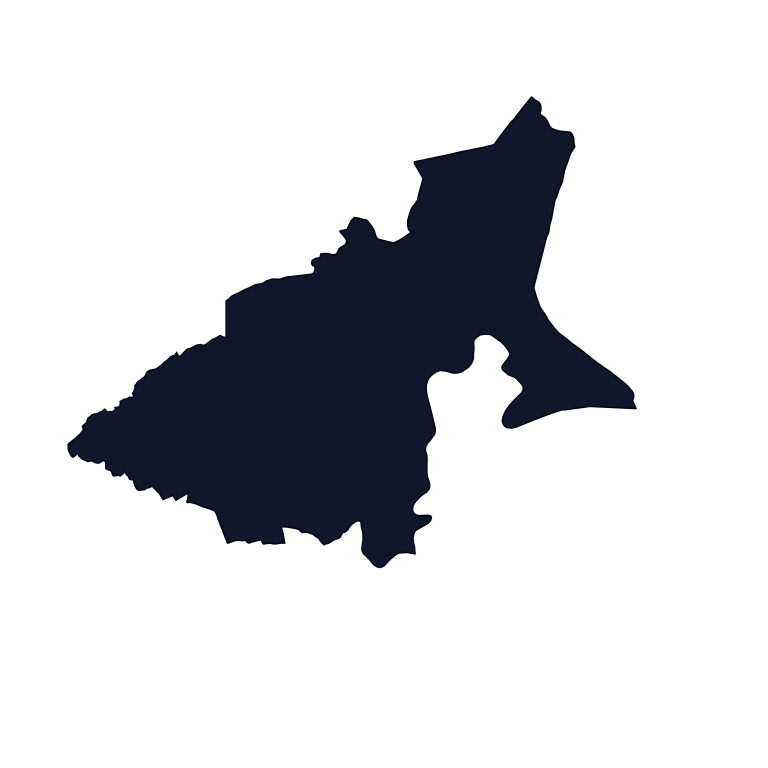 Long Dien, Bà Rịa - Vũng Tàu, Vietnam, rotated 235°
{"feature_id": "81297802B9398077823445", "entity_name": "Long Dien", "entity_type": "district", "adm_level": 2, "iso_a3": "VNM", "parent_name": "Vietnam", "parent_adm1": "Bà Rịa - Vũng Tàu", "projection": "robinson", "projection_center": [107.23, 10.446], "detail": "fine", "context": "isolated", "style": "filled", "palette": "ink", "viewbox_px": 768, "rotation_deg": 235, "n_neighbors": 0, "source": "geoboundaries", "source_scale": "gbopen_adm2", "svg_char_len": 6153}
<svg xmlns="http://www.w3.org/2000/svg" viewBox="0 0 768 768"><g transform="rotate(235 384 384)"><path d="M227.1,312.1L232.7,315.3L238.1,317.6L241.0,319.3L243.8,321.9L245.5,324.6L245.9,327.1L244.6,340.1L245.5,344.0L247.5,346.3L249.2,346.5L251.3,344.6L256.2,337.0L258.7,334.9L261.1,334.3L263.4,334.6L265.5,335.9L267.3,337.7L268.9,340.3L269.8,343.4L270.9,348.9L271.2,352.0L271.1,356.8L272.1,360.7L273.6,362.4L275.4,363.8L282.6,366.2L286.0,367.7L292.9,372.5L298.0,376.3L301.9,378.6L305.2,379.5L307.1,380.6L308.7,382.3L310.6,385.7L311.2,388.9L313.8,396.5L316.1,399.0L319.2,400.9L334.7,407.0L350.2,412.7L355.3,415.4L359.4,418.5L362.8,423.3L363.9,427.6L364.1,431.0L364.0,434.1L362.8,438.0L358.7,442.5L353.1,447.1L350.9,450.5L349.5,454.5L349.3,462.6L350.5,466.9L351.9,469.7L353.6,471.8L357.8,474.9L360.9,477.6L367.0,481.5L368.0,482.6L368.8,484.5L369.2,487.9L369.1,490.7L367.3,494.9L363.6,499.5L359.8,501.1L355.1,502.6L351.3,504.2L346.0,505.0L340.6,505.2L337.8,504.8L335.5,503.8L333.7,499.7L331.7,493.2L330.6,490.7L329.0,489.6L327.1,489.4L320.5,491.1L313.6,495.4L306.7,496.5L303.0,496.7L300.8,495.8L299.0,494.1L297.7,491.3L296.2,482.0L294.7,475.2L292.3,468.3L289.1,462.9L286.1,459.8L282.9,458.7L280.5,458.6L278.0,459.5L274.6,463.5L273.1,467.0L268.4,487.2L264.1,504.0L261.0,514.3L258.7,518.2L247.6,539.7L220.9,574.3L219.5,576.4L228.2,578.2L229.5,580.5L231.4,582.0L233.8,583.0L235.8,583.1L242.1,582.5L245.3,581.9L264.1,576.4L271.5,573.5L280.3,570.4L300.0,564.6L308.6,561.5L317.2,559.1L326.0,556.3L331.4,555.6L343.9,555.1L346.0,555.7L357.2,555.9L366.7,558.4L376.6,561.7L379.4,564.5L411.4,601.8L413.3,605.1L414.6,606.7L419.8,611.5L422.9,615.6L435.8,628.6L437.3,630.8L438.3,632.9L439.9,634.7L443.6,639.8L446.5,644.8L447.9,646.7L455.6,654.5L460.2,661.2L465.0,667.7L466.6,670.5L468.6,675.9L469.3,676.6L472.2,677.6L476.4,680.3L478.9,681.0L481.2,681.4L482.9,681.1L483.7,680.7L491.0,672.3L494.3,669.8L496.9,668.1L498.5,667.7L500.9,667.7L505.0,668.4L508.0,668.7L510.5,668.4L513.4,667.1L514.9,666.8L516.4,667.3L519.0,670.2L521.3,671.6L522.9,672.3L524.7,672.5L526.3,672.4L530.8,670.3L533.0,670.0L534.4,669.3L531.5,658.9L526.5,642.5L525.2,636.8L520.6,622.1L516.9,611.4L520.6,601.8L530.3,579.6L536.3,564.7L548.5,536.5L548.4,536.1L547.6,535.6L545.8,535.3L530.5,534.0L529.4,533.4L521.4,523.6L517.3,518.9L515.5,517.1L514.1,513.7L512.4,508.1L509.8,503.9L504.5,497.4L500.6,494.5L496.7,492.8L494.3,493.0L492.7,493.6L492.6,485.0L493.0,478.6L493.9,473.1L496.9,470.1L505.6,462.6L507.5,461.9L509.9,462.2L515.3,464.0L518.9,464.4L527.7,464.0L528.9,463.3L530.1,461.9L533.5,459.3L537.6,454.9L536.8,452.7L536.8,451.6L536.2,449.9L531.7,442.3L532.8,440.3L534.1,436.8L534.4,435.5L533.1,435.3L529.1,435.9L525.0,436.1L523.2,435.7L521.4,434.4L520.2,431.7L520.8,427.3L520.5,424.6L519.3,423.0L517.9,419.9L517.8,419.0L519.3,416.0L522.8,413.0L524.9,410.3L526.7,406.7L524.6,404.6L524.7,402.8L526.0,400.4L526.5,396.2L524.2,393.8L522.3,393.5L520.8,394.4L519.1,394.4L517.2,393.1L515.5,390.4L515.2,389.2L515.5,387.6L527.6,365.3L529.6,358.6L533.1,353.9L533.9,352.7L534.4,351.6L535.8,346.7L535.9,342.8L536.4,341.1L538.9,335.9L539.5,333.7L539.8,329.4L540.9,325.5L542.1,316.3L543.2,310.5L543.1,308.3L542.5,305.2L542.6,302.3L513.4,281.9L513.2,281.5L513.4,280.7L514.4,279.5L515.2,278.7L517.5,277.8L517.8,276.8L518.1,272.7L518.7,269.9L518.9,268.1L518.6,260.5L518.8,259.0L519.6,257.9L520.9,256.9L521.6,256.0L522.8,253.9L523.4,252.2L524.1,246.3L525.3,243.0L525.3,241.5L523.8,234.9L523.7,233.5L523.9,232.5L524.3,231.6L528.6,232.1L527.7,229.8L527.7,228.2L528.5,226.2L528.7,225.1L527.7,219.1L527.8,217.8L527.7,215.6L527.1,213.8L527.0,205.8L529.4,200.3L529.8,198.4L529.5,196.5L527.7,193.1L527.1,191.3L527.3,188.8L526.7,187.4L527.1,183.5L526.0,181.2L525.4,178.7L523.5,178.2L523.2,177.2L521.6,175.2L520.7,173.1L520.1,172.6L518.0,172.1L517.1,171.1L517.4,169.9L518.9,168.3L519.2,167.7L519.4,164.8L520.6,162.2L521.0,158.6L520.9,157.9L520.6,157.4L519.3,156.9L517.8,155.4L517.4,153.1L518.9,150.4L518.8,149.9L517.6,149.8L517.2,149.4L516.9,145.5L518.3,144.1L518.9,142.3L519.9,141.5L521.2,140.9L522.6,141.2L523.3,141.0L523.7,140.5L523.3,136.9L523.9,135.5L524.0,133.0L524.6,131.0L525.6,129.5L525.8,128.1L526.2,127.2L526.2,126.4L525.6,124.1L525.9,123.3L525.9,122.4L525.5,121.3L524.3,119.7L523.1,118.7L522.5,113.5L522.2,112.8L521.1,112.2L519.5,112.0L518.6,110.7L517.1,105.6L517.0,103.4L516.5,100.9L516.1,92.4L515.4,90.2L513.8,89.6L512.1,88.2L510.3,87.4L504.2,86.6L502.7,87.0L502.3,88.2L502.7,91.4L502.7,92.5L502.4,93.3L502.1,93.5L501.4,93.5L500.3,92.7L497.3,93.4L495.4,94.0L490.3,96.9L489.2,99.8L488.2,100.7L485.0,102.6L483.6,103.9L483.1,104.6L482.7,105.6L482.5,106.8L482.6,110.4L479.8,111.4L474.4,107.7L472.9,108.1L470.6,110.1L469.9,110.4L468.0,110.5L465.5,109.6L464.1,109.6L462.4,112.3L461.6,114.1L460.0,115.1L460.2,118.3L460.9,121.3L457.6,121.1L455.2,121.6L451.7,121.0L449.6,123.3L448.9,123.4L443.2,121.6L439.6,121.3L437.8,121.9L437.1,122.5L436.0,125.4L435.0,126.7L434.8,130.4L433.8,132.0L433.4,135.1L432.8,135.6L422.9,137.2L416.1,136.7L413.8,147.1L408.2,146.9L407.2,159.3L407.4,160.5L406.2,160.5L404.2,159.0L401.8,156.7L400.9,155.3L399.9,154.8L399.5,155.1L398.7,156.8L397.9,157.7L393.9,161.1L387.8,164.9L380.9,170.3L377.2,172.4L373.4,172.3L368.9,170.8L343.4,164.5L342.7,166.4L341.5,171.3L339.4,175.6L336.6,178.2L335.9,180.8L335.3,181.1L333.2,181.1L331.8,181.6L331.0,182.5L330.6,184.6L327.4,192.9L326.4,193.7L325.1,193.7L323.1,193.3L322.3,193.4L321.8,194.0L319.1,199.3L317.0,201.2L315.2,203.4L313.0,208.0L310.6,211.4L319.1,215.4L324.9,217.5L326.0,218.2L321.8,223.3L316.5,228.5L314.0,230.7L310.6,231.4L309.2,231.9L308.3,233.8L306.4,236.4L304.5,237.5L301.8,239.6L297.6,240.9L295.1,242.1L292.1,241.9L287.6,242.4L286.7,242.7L286.4,245.2L285.7,246.2L285.3,248.1L285.0,253.8L283.6,258.8L283.7,260.7L285.1,262.7L285.6,264.1L285.8,265.9L285.1,266.8L285.1,269.1L285.5,271.1L286.9,273.9L287.6,277.0L287.5,282.1L287.0,284.0L285.5,285.7L284.1,286.0L280.0,283.6L274.2,281.4L268.8,277.8L261.9,271.5L260.3,270.6L257.0,269.9L248.5,271.5L241.8,271.9L238.5,273.3L236.3,275.1L235.5,276.7L235.0,279.5L236.9,289.2L237.4,294.4L237.4,296.5L237.0,299.4L232.7,306.4L228.4,310.5L227.1,312.1Z" fill="#0f172a" stroke="#020617" stroke-width="1.5"/></g></svg>